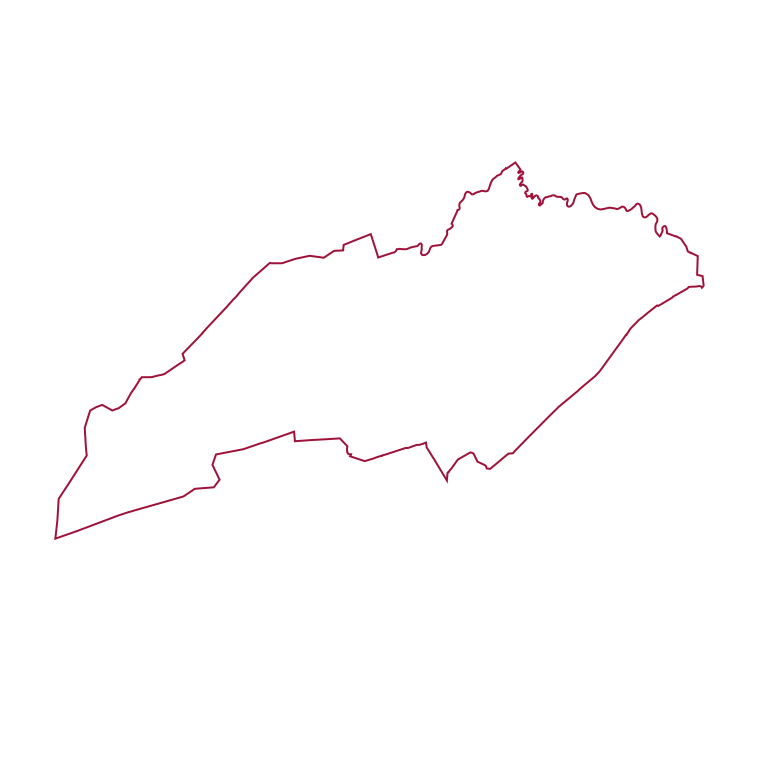 outline of Sēļu pag., Mazsalacas, Latvia, rotated 289°
{"feature_id": "27541924B62426268885110", "entity_name": "Sēļu pag.", "entity_type": "district", "adm_level": 2, "iso_a3": "LVA", "parent_name": "Latvia", "parent_adm1": "Mazsalacas", "projection": "natural_earth1", "projection_center": [25.207, 57.868], "detail": "fine", "context": "isolated", "style": "outline", "palette": "rose", "viewbox_px": 768, "rotation_deg": 289, "n_neighbors": 0, "source": "geoboundaries", "source_scale": "gbopen_adm2", "svg_char_len": 6130}
<svg xmlns="http://www.w3.org/2000/svg" viewBox="0 0 768 768"><g transform="rotate(289 384 384)"><path d="M608.3,628.1L612.6,624.9L612.6,624.7L612.8,624.4L618.0,617.5L618.8,612.0L618.5,611.9L618.7,602.4L619.6,602.2L622.8,600.6L624.2,599.5L624.9,598.5L624.4,597.4L622.8,596.5L621.3,596.5L620.1,597.5L615.7,597.3L614.5,597.1L613.3,596.7L614.9,593.7L616.1,591.9L617.1,591.0L619.6,589.9L622.6,589.0L623.7,588.9L626.7,589.4L628.0,589.1L628.6,588.9L629.6,588.4L629.8,588.2L631.2,586.2L631.7,585.0L632.5,582.4L632.6,581.7L632.2,580.9L630.4,579.4L627.8,578.0L627.0,577.4L626.4,576.2L626.3,575.2L626.9,574.0L628.7,572.6L635.0,569.5L636.7,567.7L637.2,566.3L637.1,565.1L636.6,564.3L635.5,563.8L634.1,563.4L632.9,562.6L630.2,561.2L629.0,560.3L627.0,558.3L626.7,557.6L626.8,556.8L628.0,555.7L629.1,554.4L629.5,553.0L629.4,551.8L629.0,551.1L626.8,549.3L625.2,547.4L625.2,545.4L624.2,539.9L620.5,533.8L619.6,532.2L619.3,530.5L619.2,528.9L619.9,525.8L621.1,524.0L623.2,521.6L626.3,519.1L628.5,516.7L628.9,516.0L629.6,514.0L630.0,511.8L629.8,511.0L629.4,510.0L627.7,507.0L626.6,505.2L625.9,504.4L625.6,504.2L619.8,503.8L617.6,504.1L615.8,503.8L613.3,502.8L612.3,502.0L611.8,500.8L611.9,499.8L612.5,499.0L613.7,498.3L615.2,498.0L616.9,498.1L617.8,497.9L618.9,497.1L619.1,496.6L618.8,496.1L617.3,495.0L617.1,494.4L617.3,493.2L618.4,491.1L618.3,489.7L617.3,486.5L617.4,485.5L617.9,484.3L617.5,482.5L616.9,481.4L616.0,480.6L614.8,478.5L613.5,476.9L613.3,476.2L612.5,475.5L611.3,475.0L609.8,474.7L608.4,474.7L606.9,475.1L606.2,474.9L604.9,474.0L603.7,473.4L603.4,472.8L603.7,472.2L604.4,471.9L605.2,471.9L606.2,472.5L606.9,472.6L607.7,472.4L608.6,471.8L610.0,469.8L610.4,468.9L610.8,468.7L611.5,468.5L611.8,468.1L612.0,466.8L611.6,466.1L610.6,465.4L608.3,464.5L607.5,464.0L607.5,463.5L608.0,463.1L609.6,463.2L610.9,462.8L612.0,462.1L611.8,461.7L611.3,461.4L609.9,461.8L609.4,461.7L609.0,461.2L609.0,460.2L608.7,459.5L607.7,458.7L607.6,458.2L607.9,457.7L609.4,457.0L610.0,456.4L610.3,455.5L610.7,455.3L611.4,455.2L612.1,455.5L613.3,456.8L613.7,456.9L614.3,456.8L615.0,456.2L617.0,454.0L617.9,450.4L617.3,449.7L615.9,448.9L615.9,448.2L616.5,447.6L618.1,447.8L619.4,448.3L620.1,448.8L621.2,448.8L623.7,448.0L624.2,447.3L623.7,446.4L622.2,445.6L621.4,444.5L621.8,444.1L622.5,444.1L625.6,445.2L628.0,447.0L629.1,446.9L629.9,446.2L630.1,445.2L628.2,443.8L627.4,442.5L627.8,442.0L628.6,442.1L629.6,442.8L631.3,443.1L636.2,436.1L627.3,429.5L627.6,428.9L627.0,428.8L623.8,426.5L621.0,426.3L619.7,425.4L617.7,423.1L616.2,422.4L613.3,420.4L611.1,419.8L608.0,419.5L602.9,419.6L602.2,419.5L600.3,419.1L599.8,418.4L599.3,417.5L598.9,415.7L598.8,414.5L598.2,413.0L596.8,411.4L596.0,410.1L594.3,408.1L592.7,407.0L592.3,406.4L591.9,405.5L592.8,403.4L593.1,401.7L593.0,400.3L592.7,399.9L591.8,399.4L590.8,399.0L589.4,398.9L587.2,399.1L585.9,399.1L584.8,398.9L583.0,398.3L580.4,396.9L579.9,396.7L579.3,396.7L578.7,396.7L577.0,397.2L574.8,398.3L574.3,398.4L573.8,398.3L573.2,398.0L572.3,396.8L571.7,397.0L557.6,395.7L557.4,396.2L556.6,397.2L555.4,397.6L554.8,397.4L553.3,396.5L552.6,396.1L550.8,394.4L550.1,393.9L549.4,393.8L548.3,394.1L546.9,394.8L546.1,395.0L545.1,395.0L537.4,393.6L535.6,393.4L535.0,393.2L534.3,392.8L532.5,389.5L530.6,385.5L529.6,384.3L528.4,383.7L527.2,383.5L524.1,383.4L523.1,383.2L521.0,382.3L519.2,380.7L518.6,379.0L518.6,377.6L519.8,376.4L523.7,375.8L525.8,375.0L527.2,374.7L528.4,374.0L528.9,373.2L528.4,372.1L527.2,371.5L526.2,371.2L525.6,370.8L525.1,370.3L523.0,366.7L521.5,364.5L519.1,361.8L518.4,360.5L517.1,356.2L516.9,354.8L515.6,352.5L515.6,352.3L515.1,352.3L513.8,352.0L512.0,351.2L510.8,349.3L501.7,337.3L503.9,335.8L521.4,322.7L512.4,312.1L502.4,300.6L497.0,301.8L493.6,293.4L483.8,286.0L481.0,271.9L473.2,259.0L465.0,248.3L461.4,238.0L461.4,236.7L441.0,225.0L439.9,224.7L424.3,218.0L418.0,215.6L414.9,214.0L406.1,210.4L380.4,198.8L372.9,195.6L372.8,195.8L346.9,183.7L341.5,187.8L338.8,185.9L335.7,183.4L330.9,179.8L321.9,173.1L319.8,170.0L319.1,168.6L316.0,163.9L315.6,163.1L315.3,162.8L314.9,162.2L314.3,160.6L311.6,152.8L311.3,152.8L309.5,151.9L308.2,151.6L308.2,151.4L307.5,151.6L306.0,151.0L305.2,151.1L304.7,150.8L304.2,150.8L302.8,150.3L301.7,150.2L301.3,149.9L300.1,149.8L299.2,149.5L298.2,149.4L297.7,149.0L292.8,147.7L283.6,146.1L282.0,145.9L281.5,145.8L281.1,145.4L280.2,144.9L279.8,144.5L279.1,144.1L274.5,140.8L273.2,138.9L271.8,137.4L270.5,135.7L272.5,124.4L268.4,119.4L263.3,114.8L245.2,115.3L227.2,122.7L219.6,126.2L188.7,118.7L169.5,113.8L148.6,119.6L130.8,123.6L145.6,142.3L172.7,175.0L178.8,183.0L186.3,193.6L205.8,221.6L212.4,231.0L223.3,239.2L230.9,256.7L240.0,259.7L251.7,248.1L262.7,248.1L276.6,272.3L288.4,287.4L289.0,288.5L309.7,314.5L300.9,318.4L308.2,335.6L308.8,337.2L318.2,360.0L313.2,369.7L310.8,370.0L308.2,371.3L307.7,371.2L306.1,373.2L306.8,375.8L306.3,375.8L304.6,375.5L304.8,390.9L305.1,391.3L310.5,398.8L312.1,400.6L315.1,404.7L315.2,405.4L316.0,405.7L316.0,405.8L317.8,408.4L323.3,415.7L330.3,424.9L331.3,427.2L331.2,427.4L336.8,434.4L337.1,434.8L337.8,436.9L338.4,437.8L340.0,440.2L340.7,440.9L341.2,441.4L342.3,442.8L338.0,444.9L328.3,456.9L313.2,474.9L316.2,474.1L320.9,473.0L321.4,473.3L321.6,473.8L321.9,473.9L322.5,473.8L322.9,474.1L324.2,474.4L324.5,474.6L325.9,475.2L328.1,475.8L328.8,476.1L336.6,478.4L347.3,487.8L347.5,488.3L347.5,491.1L341.0,497.7L340.0,506.5L339.9,506.7L338.3,508.1L337.6,508.8L338.3,511.9L338.6,512.2L358.7,524.3L358.9,524.6L359.0,525.1L360.4,528.3L360.7,528.6L361.9,528.9L381.5,538.2L405.9,550.0L419.6,556.8L441.5,570.1L442.3,570.3L459.9,580.9L466.5,583.9L501.3,594.5L508.8,596.7L508.7,596.9L509.4,597.3L509.6,597.0L510.9,597.6L516.3,598.9L518.2,599.7L527.6,604.2L531.2,606.6L537.6,610.5L547.0,616.5L547.3,617.0L547.1,617.6L547.1,617.8L547.2,618.0L559.1,628.1L559.5,628.4L560.4,628.6L560.8,628.8L560.9,629.1L563.0,630.8L563.3,631.4L564.2,632.0L564.6,632.4L565.0,632.7L565.7,633.4L568.2,635.5L568.7,636.0L572.8,639.6L575.0,640.6L576.2,643.3L577.8,647.6L578.8,649.2L579.4,650.7L579.5,651.7L579.0,653.0L578.6,653.3L579.1,653.6L581.1,654.2L589.7,650.1L589.2,644.5L607.1,639.0L608.0,631.0L607.7,630.9L608.3,628.1Z" fill="none" stroke="#9f1239" stroke-width="2"/></g></svg>